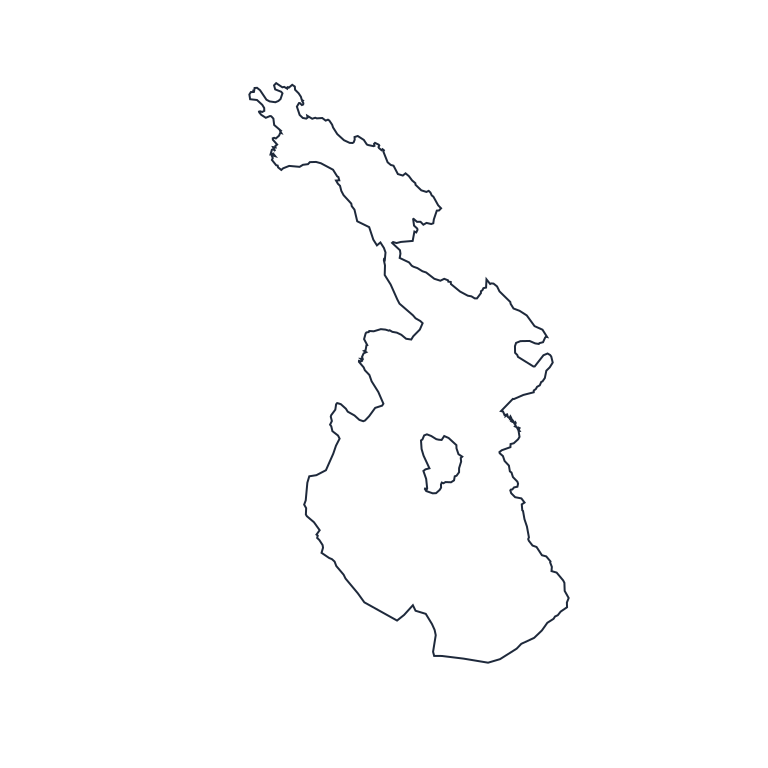 Bukoba, Kagera, United Republic of Tanzania, rotated 306°
{"feature_id": "72390352B68293795880239", "entity_name": "Bukoba", "entity_type": "district", "adm_level": 2, "iso_a3": "TZA", "parent_name": "United Republic of Tanzania", "parent_adm1": "Kagera", "projection": "natural_earth1", "projection_center": [31.68, -1.353], "detail": "fine", "context": "isolated", "style": "outline", "palette": "slate", "viewbox_px": 768, "rotation_deg": 306, "n_neighbors": 0, "source": "geoboundaries", "source_scale": "gbopen_adm2", "svg_char_len": 6167}
<svg xmlns="http://www.w3.org/2000/svg" viewBox="0 0 768 768"><g transform="rotate(306 384 384)"><path d="M458.1,349.3L456.6,367.1L455.7,370.9L456.3,376.4L455.9,379.5L449.1,381.0L439.8,379.6L436.0,379.9L433.6,375.3L434.0,369.1L433.1,364.2L431.1,360.1L430.8,357.0L430.0,356.6L428.9,353.3L426.5,349.2L420.6,344.7L418.2,340.9L417.0,341.1L415.4,339.5L414.2,339.4L408.6,341.5L405.6,347.6L404.9,347.1L400.4,349.3L399.1,348.5L399.3,350.9L396.8,349.5L393.0,350.3L391.9,351.9L390.7,350.3L390.5,352.4L389.9,352.7L388.8,352.1L388.0,350.2L387.2,350.7L385.5,357.8L383.9,360.4L382.7,366.9L378.9,372.4L374.2,384.1L367.7,395.1L365.4,395.2L359.5,390.9L349.2,390.9L343.3,390.1L341.7,389.1L340.5,385.2L341.2,378.6L340.3,370.9L341.6,367.7L342.3,360.9L341.0,357.3L339.4,357.2L334.6,359.7L327.8,359.6L326.3,360.1L323.4,363.6L319.4,364.3L318.8,366.2L315.5,370.0L315.3,377.1L313.7,380.2L305.9,381.4L297.8,383.9L280.1,387.7L270.5,382.9L265.4,377.8L259.1,380.0L243.8,389.1L239.5,390.3L237.8,394.0L232.5,397.5L231.7,399.3L231.0,408.6L227.9,417.9L222.5,417.9L222.4,419.5L220.2,420.4L219.8,423.3L217.6,429.0L215.7,430.9L210.7,432.7L211.0,441.9L211.7,444.8L211.3,448.4L208.7,452.4L206.0,463.4L204.0,467.2L199.3,485.8L195.8,496.4L200.3,533.6L209.0,536.0L222.0,537.4L219.1,542.8L222.6,552.9L218.0,563.9L214.8,569.5L211.2,573.5L196.2,581.1L193.5,584.4L198.0,590.7L208.6,609.8L219.7,632.0L229.6,639.6L247.9,646.9L254.5,647.8L266.9,654.7L277.4,656.6L286.8,656.5L293.7,659.2L296.4,659.0L299.1,660.5L303.7,660.7L311.0,663.3L314.7,660.4L319.4,659.2L322.8,651.8L329.2,646.8L330.4,644.4L332.9,634.5L331.1,629.5L334.7,627.3L337.3,623.3L338.3,623.0L339.9,616.6L338.3,612.4L341.8,603.2L340.6,599.1L342.3,593.3L343.3,591.8L345.1,591.4L352.7,583.4L357.2,577.1L363.0,571.1L363.1,570.1L367.6,566.2L370.7,567.4L372.2,562.4L369.5,556.6L370.4,551.1L372.2,548.7L373.1,548.7L374.1,549.8L376.8,550.0L379.3,552.3L382.1,551.1L383.4,549.3L384.5,543.0L387.3,539.2L387.3,537.2L391.4,533.0L392.6,526.8L395.6,522.6L396.0,518.3L396.8,517.4L399.6,518.2L407.2,523.4L409.8,521.7L412.3,523.8L418.1,525.0L420.9,524.7L425.1,520.5L425.7,521.3L426.2,519.9L428.0,519.6L427.8,518.5L426.2,518.6L427.1,516.8L426.7,514.8L427.8,514.9L428.6,513.5L429.9,513.5L430.3,512.6L428.8,512.4L429.7,510.4L428.8,510.1L428.7,508.5L429.6,508.3L430.3,509.2L430.7,507.8L429.9,506.9L431.4,506.7L432.1,505.3L430.1,505.5L430.2,503.5L431.4,502.0L429.9,501.4L431.2,501.0L429.7,499.8L431.7,496.5L430.9,494.6L447.7,497.0L448.1,497.9L457.1,503.2L465.3,510.0L466.8,509.0L469.1,509.8L471.7,509.5L474.5,510.8L478.1,510.0L479.3,510.7L483.4,510.6L490.2,507.5L494.9,508.3L500.5,507.9L504.5,503.2L505.1,501.4L504.8,498.4L501.0,496.1L486.8,495.6L486.0,494.6L484.7,476.4L485.8,474.8L486.3,471.7L491.6,467.7L494.9,466.7L498.9,469.2L504.4,476.5L505.7,482.4L507.4,485.7L508.4,485.7L511.3,488.1L516.1,487.1L517.4,487.2L517.9,488.3L521.1,480.3L519.3,471.8L523.4,459.2L522.9,450.7L521.2,444.4L523.3,439.3L524.6,437.9L526.8,423.0L529.4,418.1L529.6,413.6L528.4,411.6L527.3,411.1L528.9,405.4L522.0,409.9L520.0,408.1L517.7,408.5L516.0,407.9L514.5,409.0L507.9,408.9L506.6,407.1L506.3,403.2L504.7,399.9L503.5,391.2L504.2,379.4L505.8,378.0L504.6,375.9L505.5,374.8L504.5,370.9L500.7,368.9L498.7,362.9L499.0,352.5L497.8,348.8L497.4,342.9L496.2,338.9L496.0,336.9L497.1,332.8L495.2,322.6L499.1,320.7L501.6,318.3L502.9,307.6L504.2,307.9L505.4,311.3L508.9,314.2L516.6,323.1L525.2,319.0L525.6,321.0L528.4,320.5L529.3,319.5L529.8,315.2L534.5,310.7L535.0,310.9L534.6,315.4L536.7,318.2L536.0,322.2L539.3,323.7L541.2,328.2L543.0,329.4L546.4,327.6L555.3,324.8L556.7,326.5L559.7,326.9L560.4,322.8L564.6,313.8L564.6,311.8L566.2,309.0L566.5,306.6L564.3,305.4L562.6,300.3L563.7,292.4L564.9,291.3L565.2,287.1L566.8,282.0L567.1,277.6L563.7,276.7L562.0,271.8L566.2,263.4L565.2,260.7L565.5,256.6L571.7,246.8L573.0,246.6L573.1,244.8L571.7,244.6L571.9,241.4L572.4,240.3L574.2,240.0L574.5,239.1L573.8,235.0L572.4,234.8L571.1,236.3L570.3,235.8L568.0,230.7L567.7,229.3L569.6,224.2L569.2,217.0L566.5,215.0L564.4,216.7L561.7,217.4L560.5,216.9L558.9,214.5L557.7,208.3L558.7,199.3L561.6,192.0L563.3,189.6L565.0,184.9L564.9,183.3L562.8,182.0L562.9,177.7L559.4,173.5L559.0,171.9L556.4,170.0L555.9,164.2L554.6,165.6L553.0,165.1L551.5,161.9L552.1,157.6L557.2,150.5L561.3,150.1L561.8,150.8L561.4,153.6L562.6,154.3L563.8,153.7L564.7,151.7L565.6,151.9L565.6,150.4L567.5,148.0L569.0,144.1L569.8,139.1L572.2,137.0L572.1,133.9L567.7,132.8L567.7,131.7L566.7,131.3L566.0,131.8L565.7,128.6L564.3,127.4L564.0,119.9L561.0,119.5L558.4,122.8L560.0,129.0L559.5,131.0L553.7,132.8L550.9,132.2L548.1,130.5L545.4,125.4L544.9,121.8L548.8,111.1L549.0,107.2L547.4,105.3L544.3,106.9L544.2,106.0L543.3,106.5L541.9,104.7L539.1,104.9L535.7,108.3L539.1,114.3L538.3,121.4L536.9,124.8L534.6,126.6L532.5,125.6L531.8,123.5L530.9,122.8L530.4,123.4L529.6,126.5L529.9,131.9L533.8,134.3L534.3,135.4L533.7,138.5L529.0,142.9L528.3,151.6L527.6,151.3L526.7,153.4L526.4,152.4L523.2,153.1L519.1,152.2L518.6,150.4L517.4,149.6L516.3,150.5L514.9,156.8L512.7,156.2L511.6,157.3L510.4,155.0L508.5,159.0L508.9,156.4L507.6,155.6L503.2,157.2L504.7,158.5L504.0,158.6L504.3,160.9L504.8,160.6L504.4,162.1L503.1,158.4L501.4,161.2L499.4,161.6L497.6,168.2L498.2,169.6L497.0,171.0L496.8,175.1L499.2,175.6L504.7,179.1L510.1,188.1L513.7,189.6L517.2,193.3L519.9,193.6L523.7,198.5L525.5,203.2L527.4,216.8L524.5,224.0L524.6,225.5L522.5,228.1L520.4,225.6L518.9,229.0L518.5,231.9L515.1,236.0L513.0,240.3L510.7,251.5L508.9,253.4L507.7,257.6L499.9,266.7L502.2,279.8L494.5,290.5L492.0,296.8L496.4,297.9L494.0,304.0L491.3,307.9L484.9,311.7L484.9,310.7L484.1,311.1L480.5,315.1L472.6,320.5L468.4,330.9L460.2,345.1L458.1,349.3ZM366.0,446.7L368.5,448.3L369.7,452.8L370.1,458.7L371.1,461.0L372.6,463.5L377.3,463.3L378.3,468.0L377.1,478.5L374.6,480.4L371.0,485.5L371.2,490.0L369.2,489.6L366.6,492.0L360.1,494.2L356.7,496.6L352.4,496.6L350.9,495.5L347.2,497.3L343.9,496.0L340.8,491.4L338.6,490.4L338.2,488.7L336.1,489.2L333.7,491.1L331.1,491.3L326.3,490.3L324.2,487.7L322.2,481.1L323.1,478.8L323.6,478.7L324.0,480.5L324.9,480.3L332.0,473.9L336.8,467.0L339.3,467.7L342.5,470.3L349.3,458.1L353.5,452.6L360.1,447.1L361.7,447.7L366.0,446.7Z" fill="none" stroke="#1e293b" stroke-width="2"/></g></svg>